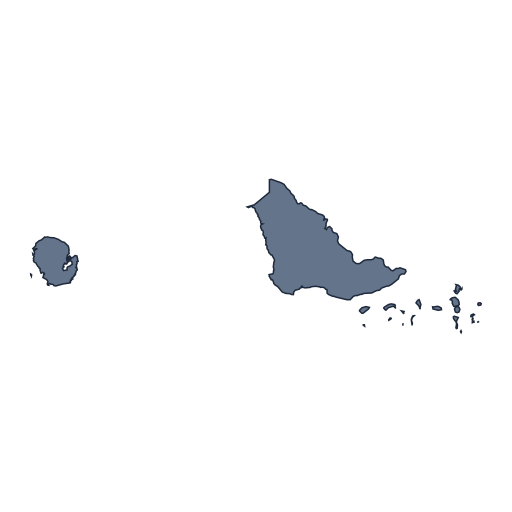 Biak Numfor, Papua, Indonesia (Albers equal-area conic projection)
{"feature_id": "22746128B19254678251292", "entity_name": "Biak Numfor", "entity_type": "district", "adm_level": 2, "iso_a3": "IDN", "parent_name": "Indonesia", "parent_adm1": "Papua", "projection": "albers", "projection_center": [135.909, -1.013], "detail": "fine", "context": "isolated", "style": "filled", "palette": "slate", "viewbox_px": 512, "rotation_deg": 0, "n_neighbors": 0, "source": "geoboundaries", "source_scale": "gbopen_adm2", "svg_char_len": 6015}
<svg xmlns="http://www.w3.org/2000/svg" viewBox="0 0 512 512"><path d="M247.2,206.9L248.5,207.6L250.9,206.5L251.9,206.5L252.7,207.5L253.6,207.5L254.9,208.6L255.8,211.8L256.9,212.9L257.5,214.6L258.1,214.9L257.9,216.3L259.3,218.0L259.4,219.3L260.8,221.1L260.6,222.2L261.0,223.5L262.7,223.9L261.1,224.6L260.6,226.1L260.8,228.0L261.4,228.5L261.5,229.9L262.8,230.5L263.3,232.2L263.0,234.8L264.4,236.5L264.6,238.0L265.3,238.4L266.0,238.0L265.7,240.2L266.1,242.7L265.7,244.9L266.7,245.4L267.1,246.4L266.9,247.9L267.5,249.5L268.3,250.1L268.8,252.6L271.1,255.0L271.9,255.0L274.1,259.0L274.6,260.5L273.9,262.0L273.3,266.9L274.0,270.1L273.5,270.6L273.4,272.9L272.8,273.8L269.1,274.6L269.4,275.1L269.1,276.0L271.3,279.9L271.9,279.6L272.8,280.3L274.0,283.8L274.9,284.8L277.8,286.7L282.1,291.9L285.7,293.4L289.8,293.7L291.6,294.5L293.4,294.6L293.7,292.2L295.1,290.3L299.4,289.1L300.3,287.9L302.0,287.5L301.4,286.4L301.7,286.1L302.3,286.2L302.5,287.2L305.0,287.9L310.3,287.4L311.4,286.7L315.7,286.3L319.4,286.8L320.5,287.4L322.0,287.2L324.3,287.7L325.7,289.3L327.0,289.7L327.1,293.2L328.6,294.5L332.9,296.4L333.9,296.2L335.2,296.9L346.8,299.7L350.2,299.7L353.4,296.3L355.8,295.5L357.2,295.6L360.0,294.5L362.1,294.3L363.0,293.6L363.7,293.6L364.0,294.1L363.9,293.5L365.2,293.3L371.7,293.0L376.3,290.7L379.7,290.1L381.5,288.1L386.3,286.3L388.9,285.9L391.8,284.2L398.4,278.9L399.4,275.6L401.8,274.0L404.4,274.0L406.0,271.5L405.5,269.7L400.0,267.8L398.3,268.5L396.2,268.4L393.0,270.8L391.1,270.3L388.2,267.1L386.3,267.0L384.7,265.8L383.8,263.7L383.3,260.0L380.9,258.3L378.2,258.1L375.6,257.1L374.8,257.3L373.5,259.0L370.9,259.8L367.8,259.7L364.1,260.3L359.8,263.5L357.2,263.7L355.8,263.3L353.0,261.0L352.3,257.0L352.5,254.7L351.0,252.1L349.6,251.1L347.1,250.6L338.6,243.7L337.5,240.7L338.4,237.0L336.8,233.6L333.3,232.4L332.0,230.5L331.9,228.7L329.5,226.5L327.2,227.7L326.5,229.6L324.8,228.5L326.2,225.8L325.9,225.3L326.3,222.7L327.5,220.0L327.3,219.3L325.5,218.9L324.4,220.0L323.7,220.0L324.5,217.3L324.0,216.2L322.4,214.9L317.7,213.5L315.6,211.5L311.6,209.5L311.2,209.8L309.1,209.0L306.0,206.0L303.1,205.1L301.8,203.2L300.6,202.8L299.1,203.8L297.8,203.8L296.6,202.3L296.1,200.4L294.6,198.6L294.0,196.1L290.8,193.1L289.9,191.0L286.8,188.3L284.1,184.4L281.2,182.8L271.3,179.3L269.4,179.7L269.4,192.3L254.3,204.8L247.2,206.9ZM47.8,236.9L45.2,237.3L44.7,237.0L41.3,240.0L39.2,240.7L35.9,243.4L35.6,245.9L32.8,248.6L33.5,249.4L36.6,248.6L36.9,248.9L33.8,250.8L34.5,252.1L34.4,254.3L33.5,254.7L32.8,253.9L33.0,255.2L34.2,256.4L33.3,258.7L33.8,259.6L33.4,260.8L34.3,262.2L35.8,262.9L37.8,266.3L38.9,267.1L39.1,268.1L40.2,268.6L40.0,270.0L40.9,273.0L41.2,273.3L42.8,272.3L44.0,273.1L43.8,274.0L44.9,273.4L43.7,275.0L42.9,277.6L46.4,279.4L47.6,280.9L47.9,281.8L47.2,284.0L47.9,285.2L48.8,285.3L48.3,284.1L49.3,283.5L50.9,284.3L52.3,284.2L53.5,284.8L53.9,285.6L55.7,286.0L63.3,283.9L70.2,282.9L70.4,282.4L69.3,281.7L70.3,282.0L70.2,281.2L71.2,280.6L70.7,280.0L72.3,279.2L72.0,278.7L72.6,278.8L72.3,277.8L72.9,277.8L73.1,276.9L74.1,276.2L74.0,275.6L75.4,274.8L74.9,274.0L75.5,273.6L76.4,270.7L77.3,269.9L76.9,268.1L76.1,267.9L76.0,267.6L76.4,267.7L76.6,266.7L76.3,264.7L77.1,263.8L76.8,261.7L78.1,261.4L76.9,255.9L75.1,255.5L72.4,257.7L71.8,257.7L70.6,259.3L70.3,260.7L71.9,261.9L72.2,264.3L69.4,266.3L67.9,266.7L67.0,267.9L67.2,269.9L63.6,270.6L62.5,268.3L64.0,266.9L63.3,266.5L63.4,265.4L62.9,265.2L63.7,265.2L64.5,263.3L65.2,263.8L66.3,263.3L66.1,264.0L66.7,264.0L67.6,262.3L66.6,259.3L66.6,258.0L67.3,256.8L67.3,255.3L69.2,253.4L68.8,251.7L69.1,249.9L68.3,246.1L64.3,242.3L62.0,241.7L58.2,239.3L54.0,237.8L49.5,237.5L47.8,236.9ZM458.1,299.8L455.2,297.3L452.5,297.7L450.7,298.8L450.2,299.7L451.8,300.2L452.4,301.9L452.2,303.2L453.7,306.3L455.0,306.4L458.6,305.3L459.2,304.6L459.0,302.2L458.1,299.8ZM369.4,307.4L366.0,306.6L362.0,307.7L359.5,310.3L359.5,311.0L361.9,313.3L363.3,313.1L368.5,309.0L369.4,307.4ZM391.2,303.9L388.5,304.5L384.0,307.4L383.7,308.0L384.8,309.5L385.9,310.2L388.5,307.6L393.5,306.2L395.8,308.4L395.0,307.0L395.3,305.2L394.3,304.4L391.2,303.9ZM458.1,285.1L455.9,284.6L456.4,285.5L455.2,290.3L455.9,290.2L456.4,291.1L455.8,291.3L455.2,290.6L454.1,291.0L455.6,293.2L457.0,293.8L459.2,291.1L458.9,290.5L459.5,288.9L460.1,289.3L460.5,288.9L460.0,286.6L458.1,285.1ZM437.2,306.3L433.5,307.0L432.6,306.8L433.0,309.0L438.3,310.3L441.5,309.7L441.2,308.0L438.9,306.6L437.2,306.3ZM456.6,306.6L454.6,308.3L454.6,309.6L455.4,312.0L457.1,312.7L459.0,312.0L459.9,309.3L459.0,307.3L458.2,306.7L456.6,306.6ZM420.9,304.5L419.1,299.6L417.6,300.4L416.0,302.9L418.9,306.0L420.2,309.2L420.2,307.1L420.9,304.5ZM454.2,316.2L453.3,316.9L453.5,318.5L455.0,320.8L455.8,321.2L456.5,323.6L456.9,323.7L456.4,321.5L458.3,317.5L454.2,316.2ZM478.5,305.5L480.7,305.1L481.3,303.7L480.3,302.8L478.8,302.8L478.0,303.3L477.8,304.5L478.5,305.5ZM473.4,314.0L471.3,314.9L470.8,315.9L470.9,316.7L472.5,316.8L472.8,315.8L474.4,314.8L473.4,314.0ZM68.7,259.6L68.3,258.7L67.1,259.7L67.9,261.9L68.7,261.7L69.4,260.6L69.5,259.5L68.7,259.6ZM69.9,259.2L70.8,257.3L70.1,256.3L69.3,256.3L68.5,258.6L69.9,259.2ZM457.1,328.4L457.5,325.0L457.2,324.1L456.6,323.8L455.9,327.8L456.4,328.6L457.1,328.4ZM414.2,315.7L413.2,315.7L412.5,316.3L411.4,319.1L411.3,320.1L412.1,325.4L412.4,323.1L411.5,320.6L411.9,318.6L412.6,317.2L414.2,315.7ZM404.1,311.5L401.4,310.9L403.9,313.9L403.6,312.6L404.1,311.5ZM388.8,320.3L391.1,318.8L391.2,318.3L390.1,317.9L388.7,319.8L388.8,320.3ZM474.1,322.1L473.8,321.0L472.3,321.7L472.3,322.7L474.1,322.1ZM67.1,259.3L67.9,258.6L68.5,256.6L67.2,257.6L66.8,259.1L67.1,259.3ZM364.6,326.2L364.4,324.8L363.3,324.8L363.3,325.3L364.6,326.2ZM461.0,330.7L460.5,331.6L461.1,332.7L461.5,331.9L461.0,330.7ZM31.4,276.3L31.6,274.7L30.7,274.1L30.8,275.1L31.4,276.3ZM472.3,320.0L473.0,319.0L473.2,317.8L472.1,319.2L472.3,320.0ZM460.6,290.5L461.9,289.1L461.9,288.2L460.3,290.1L461.0,289.8L460.6,290.5ZM477.8,322.2L479.1,321.4L477.2,322.3L477.8,322.2ZM402.9,325.6L402.9,324.5L403.3,323.2L402.8,324.6L402.9,325.6Z" fill="#64748b" stroke="#1e293b" stroke-width="1.5"/></svg>